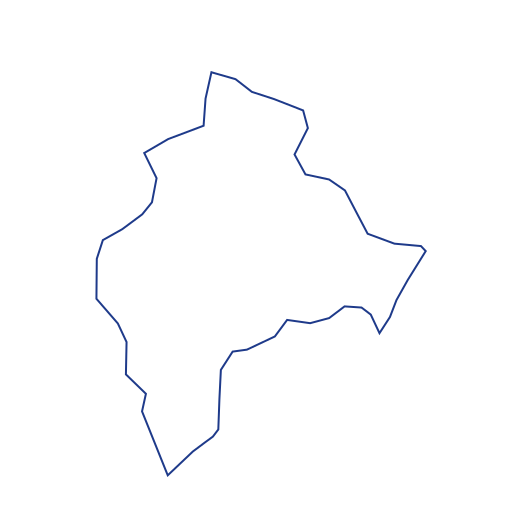 Jeonju-si, North Jeolla, South Korea (Robinson projection), rotated 255°
{"feature_id": "91817680B88957070935676", "entity_name": "Jeonju-si", "entity_type": "district", "adm_level": 2, "iso_a3": "KOR", "parent_name": "South Korea", "parent_adm1": "North Jeolla", "projection": "robinson", "projection_center": [127.109, 35.81], "detail": "fine", "context": "isolated", "style": "outline", "palette": "blue", "viewbox_px": 512, "rotation_deg": 255, "n_neighbors": 0, "source": "geoboundaries", "source_scale": "gbopen_adm2", "svg_char_len": 806}
<svg xmlns="http://www.w3.org/2000/svg" viewBox="0 0 512 512"><g transform="rotate(255 256 256)"><path d="M135.4,105.7L71.0,113.5L67.0,114.0L83.5,144.4L89.0,158.1L92.7,167.6L98.2,174.7L127.5,183.7L155.1,192.6L169.7,208.7L167.9,223.0L173.4,253.4L186.2,269.5L177.1,290.9L177.1,296.3L177.1,310.6L184.4,328.5L178.9,344.6L169.7,351.7L149.5,355.3L162.4,369.6L177.1,380.3L193.6,396.4L216.8,421.2L222.9,417.9L232.1,392.9L248.6,369.6L272.5,364.2L296.3,358.9L311.0,346.4L322.0,324.9L344.1,319.5L366.1,339.2L384.4,339.2L402.8,314.2L415.6,294.5L432.1,282.0L445.0,260.5L421.1,248.0L395.4,239.1L391.7,201.5L384.4,174.7L356.9,180.1L334.8,169.4L325.7,156.9L316.5,133.7L311.0,112.2L294.5,101.5L256.0,90.8L226.6,105.1L206.4,108.7L175.3,99.7L151.4,114.0L135.4,105.7Z" fill="none" stroke="#1e3a8a" stroke-width="2"/></g></svg>